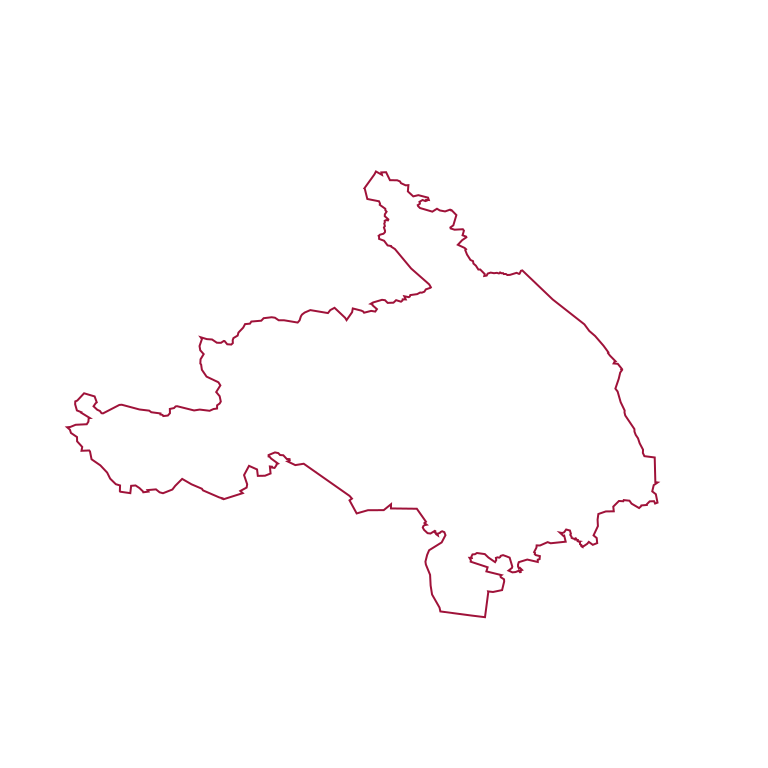 Sēmes pag., Tukums, Latvia, rotated 15°
{"feature_id": "27541924B50458338547666", "entity_name": "Sēmes pag.", "entity_type": "district", "adm_level": 2, "iso_a3": "LVA", "parent_name": "Latvia", "parent_adm1": "Tukums", "projection": "natural_earth1", "projection_center": [23.096, 57.072], "detail": "fine", "context": "isolated", "style": "outline", "palette": "rose", "viewbox_px": 768, "rotation_deg": 15, "n_neighbors": 0, "source": "geoboundaries", "source_scale": "gbopen_adm2", "svg_char_len": 6153}
<svg xmlns="http://www.w3.org/2000/svg" viewBox="0 0 768 768"><g transform="rotate(15 384 384)"><path d="M337.0,185.6L331.2,178.9L326.7,180.3L327.9,182.5L321.2,180.8L320.5,184.0L314.4,200.1L314.8,200.2L320.0,209.6L331.9,208.8L333.5,210.8L333.5,212.0L339.9,214.4L340.4,215.9L341.9,216.9L340.9,219.8L341.3,221.7L345.6,223.9L345.5,224.9L343.5,225.2L342.4,226.2L343.0,227.8L342.7,228.9L344.0,231.3L343.4,232.8L345.4,235.8L345.6,237.2L344.6,239.0L341.5,240.8L340.5,242.3L341.0,242.6L341.7,245.1L347.0,245.6L351.6,249.2L355.2,248.9L355.5,249.5L359.6,250.8L380.3,265.4L401.9,276.1L404.3,278.5L404.0,279.0L399.9,281.8L399.1,284.4L396.9,286.0L395.2,286.3L392.8,288.6L386.4,291.3L386.3,292.8L385.5,293.7L380.9,294.0L383.1,296.7L380.1,297.4L380.2,298.6L379.1,300.1L374.0,299.9L372.1,303.0L366.5,304.7L363.3,302.8L360.3,303.2L352.3,308.1L350.4,310.0L352.2,310.0L352.5,310.9L357.8,313.5L356.8,316.3L352.7,316.7L346.3,320.3L345.2,319.4L343.1,319.0L334.3,319.1L334.6,322.9L331.3,332.0L329.3,330.1L316.5,323.2L313.0,326.5L311.5,330.0L293.7,331.7L288.9,335.5L286.8,338.2L286.2,340.2L286.0,344.4L284.7,347.0L271.1,348.3L265.8,349.7L261.5,348.2L258.2,348.6L250.7,351.6L249.1,354.6L239.7,358.0L238.9,360.4L234.3,362.1L233.4,366.0L230.1,372.0L230.1,375.1L226.7,378.6L226.5,380.8L227.4,383.6L226.3,385.4L222.3,386.2L218.9,383.8L218.1,383.9L215.9,386.4L211.9,387.4L206.4,385.5L201.3,386.5L194.8,386.3L196.5,387.7L196.0,395.1L197.8,399.0L202.1,401.8L200.4,407.6L201.3,411.8L202.3,412.5L204.4,417.4L210.7,422.8L223.6,425.2L226.3,427.7L224.0,435.2L228.4,438.3L230.9,443.2L230.3,445.4L228.3,447.8L229.1,450.9L225.8,452.3L222.5,455.0L212.6,456.4L207.4,458.7L189.9,459.0L188.5,459.6L187.4,461.6L183.6,463.5L184.8,467.6L183.4,470.4L179.1,472.1L178.1,471.2L175.9,471.3L175.7,470.3L166.5,471.5L164.1,470.5L154.4,471.9L136.1,471.9L133.8,472.7L120.2,485.1L118.7,485.3L116.6,483.6L113.7,483.1L109.2,480.7L110.5,477.1L111.3,476.1L107.7,470.9L96.7,470.6L92.0,479.4L90.3,480.7L90.9,483.5L94.2,489.0L99.0,489.6L98.9,490.1L108.7,493.0L107.6,493.4L108.2,496.9L107.3,499.8L96.7,503.2L92.1,506.7L89.1,507.8L92.4,509.4L94.3,512.3L101.2,514.7L102.4,518.8L108.8,522.9L109.1,526.8L116.5,524.5L117.5,525.3L121.0,532.4L131.1,536.0L139.5,541.2L144.0,546.3L150.9,550.2L155.3,550.3L156.6,555.9L157.1,556.3L167.2,555.1L166.1,547.8L170.3,546.3L174.7,547.8L178.9,550.1L179.5,550.9L184.3,548.9L183.0,547.7L191.0,544.8L195.3,546.7L198.8,546.7L206.9,540.7L208.7,536.4L213.6,527.9L224.0,530.7L235.2,532.3L236.7,533.6L254.3,536.2L257.4,536.2L257.3,536.6L258.9,536.8L275.8,526.0L272.9,524.5L278.1,519.6L277.8,516.3L272.4,508.2L274.8,498.0L283.5,499.4L285.9,505.4L292.8,503.4L297.6,499.8L295.1,493.2L297.2,492.9L297.5,493.7L300.0,493.4L301.1,490.4L301.0,489.2L302.2,488.3L294.2,485.2L292.4,483.9L291.3,483.9L290.9,482.5L296.4,478.3L299.8,478.1L302.0,479.5L305.2,478.9L309.5,481.6L312.2,481.0L312.7,482.2L310.8,483.7L319.3,485.3L327.1,481.8L379.7,501.0L382.7,503.0L380.8,505.3L391.1,516.1L401.1,510.1L416.4,505.9L421.9,498.3L422.9,502.4L448.0,496.0L460.2,506.2L459.1,507.8L461.6,508.9L459.7,509.8L458.8,511.0L458.6,512.6L460.4,514.5L464.7,516.8L467.6,516.4L471.1,512.7L471.7,512.9L471.8,513.5L471.0,513.8L471.5,514.3L473.3,514.7L473.3,515.6L475.2,516.3L474.4,514.8L476.5,513.4L477.0,512.3L478.3,511.2L480.6,511.5L482.5,514.1L480.7,522.1L470.6,532.9L469.9,537.9L470.0,544.9L471.2,547.6L477.9,556.4L481.2,566.6L484.9,574.9L495.5,585.6L497.3,589.1L528.5,585.0L541.9,583.1L538.6,558.1L538.2,557.4L543.1,556.7L551.4,552.5L551.2,543.7L550.5,541.6L546.8,540.4L546.1,539.1L546.9,538.2L531.4,538.5L531.5,534.2L513.7,533.2L513.5,531.7L511.6,529.8L513.8,529.3L513.1,528.2L513.6,525.7L515.9,524.9L517.5,523.2L525.4,522.2L529.8,524.6L537.4,527.3L538.0,525.0L537.1,523.0L538.4,522.1L540.3,521.9L541.0,521.1L541.2,519.8L543.3,518.5L547.0,518.8L550.3,519.2L555.2,527.2L555.2,528.5L552.6,532.0L556.8,532.7L559.7,531.6L562.5,529.5L564.0,530.6L564.7,530.3L564.2,528.8L565.5,527.9L562.8,526.4L562.1,527.3L560.7,525.6L560.2,523.8L560.3,521.2L567.8,516.5L578.6,516.1L578.0,513.9L579.6,512.9L579.1,509.9L574.9,510.0L573.7,509.4L573.6,508.1L572.5,507.6L573.6,502.5L573.2,500.4L576.5,499.6L583.0,494.4L586.2,494.7L600.3,489.3L597.3,483.8L596.6,484.3L592.3,482.0L594.8,481.8L596.4,480.6L597.6,477.4L601.5,477.4L603.3,480.3L602.9,481.0L603.2,481.8L604.6,482.9L605.1,484.1L607.9,484.4L609.1,483.4L609.7,483.9L609.4,484.7L611.6,484.5L611.7,485.4L610.9,485.8L613.7,485.5L613.2,485.9L614.3,486.2L614.8,488.0L616.2,488.4L616.3,489.3L617.6,490.0L618.1,490.1L618.0,489.2L619.0,488.8L621.7,485.7L622.7,483.5L627.3,485.3L631.1,482.5L629.3,477.7L625.6,476.0L627.4,465.9L625.4,459.7L624.7,454.1L631.2,449.7L638.9,447.5L637.2,443.1L641.2,436.2L645.5,435.3L645.6,434.1L651.3,433.2L654.1,435.5L662.5,437.8L663.8,435.8L664.0,434.7L669.2,432.8L669.0,432.1L671.0,428.6L675.2,427.3L676.8,429.3L678.9,427.8L675.1,420.1L670.9,418.3L670.7,411.9L673.8,408.3L671.5,408.6L664.5,384.9L654.2,386.3L651.9,383.6L651.2,380.4L646.3,375.1L643.4,370.7L640.3,368.0L638.3,365.2L637.5,362.7L625.2,352.0L623.7,349.3L623.3,347.3L617.3,340.3L611.6,330.8L608.7,328.6L609.4,318.2L609.2,311.8L610.3,308.9L609.5,308.6L609.9,307.9L604.6,304.0L600.5,304.7L601.0,302.5L601.7,302.1L594.9,298.1L592.3,296.1L592.6,295.4L586.1,290.2L575.5,283.0L568.5,279.6L562.1,274.5L525.1,258.7L488.2,238.5L487.0,239.2L486.4,242.4L486.0,242.7L483.3,242.3L477.4,246.0L474.9,246.8L473.3,246.2L471.2,246.8L470.3,246.1L469.0,246.6L467.3,246.2L467.0,247.1L466.1,247.5L464.3,247.4L461.6,248.5L458.2,248.8L455.6,250.5L455.1,252.7L452.9,253.7L452.8,251.7L447.3,248.5L445.5,249.0L442.1,245.9L439.2,244.5L438.2,242.3L435.4,241.8L430.7,237.5L427.8,233.6L428.4,232.6L426.6,231.7L419.3,230.4L422.3,224.8L425.6,221.0L425.2,220.4L421.4,220.0L421.5,215.2L420.1,214.1L412.2,216.7L408.1,216.5L407.6,215.6L409.9,212.8L410.2,202.1L404.3,198.6L403.9,199.0L402.7,198.5L398.3,201.5L393.0,201.9L389.8,201.0L386.1,205.0L373.2,204.7L370.8,203.3L370.3,202.5L371.9,200.8L371.9,200.0L371.1,198.9L373.6,196.3L376.7,196.6L377.8,195.8L377.3,195.2L379.7,194.7L378.3,192.6L368.3,192.7L363.7,195.2L357.2,191.8L356.1,185.6L353.5,186.5L348.4,185.6L347.0,184.2L344.0,183.8L337.0,185.6Z" fill="none" stroke="#9f1239" stroke-width="2"/></g></svg>